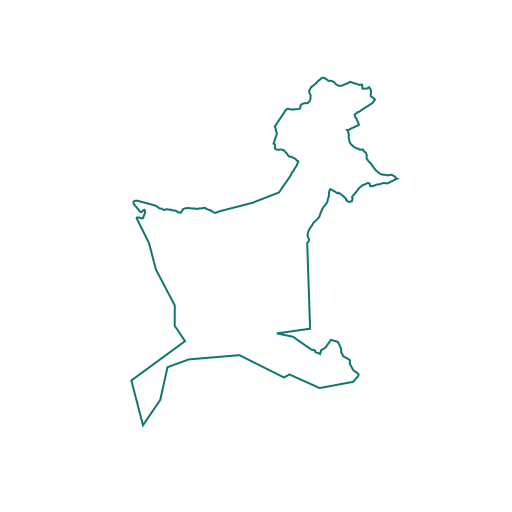 Santa María Alotepec, Oaxaca, Mexico, rotated 197°
{"feature_id": "50627088B19376593923850", "entity_name": "Santa María Alotepec", "entity_type": "district", "adm_level": 2, "iso_a3": "MEX", "parent_name": "Mexico", "parent_adm1": "Oaxaca", "projection": "orthographic", "projection_center": [-95.857, 17.081], "detail": "fine", "context": "isolated", "style": "outline", "palette": "teal", "viewbox_px": 512, "rotation_deg": 197, "n_neighbors": 0, "source": "geoboundaries", "source_scale": "gbopen_adm2", "svg_char_len": 6164}
<svg xmlns="http://www.w3.org/2000/svg" viewBox="0 0 512 512"><g transform="rotate(197 256 256)"><path d="M189.4,436.3L188.0,440.3L190.0,441.6L191.4,441.8L192.9,442.3L193.2,442.8L193.4,443.4L193.5,444.6L193.8,446.0L194.0,447.0L194.6,447.8L195.2,448.8L195.8,449.3L197.2,450.5L197.5,450.1L198.2,449.2L198.9,448.6L200.5,448.0L201.7,447.6L203.1,447.1L203.5,448.1L203.8,449.1L204.4,449.7L204.6,450.9L206.2,450.4L207.1,449.8L210.8,450.0L214.0,449.9L215.6,450.1L217.3,449.8L218.5,448.2L220.6,446.7L223.7,443.9L226.4,443.0L229.6,443.5L232.3,445.3L235.3,445.5L237.9,444.7L242.4,446.3L245.0,445.8L246.9,442.7L248.0,441.1L248.9,438.9L250.6,436.5L251.6,434.7L252.3,434.3L252.7,433.4L253.2,430.7L253.4,428.8L250.6,425.4L250.3,423.6L249.8,422.1L250.0,419.9L250.5,418.6L250.8,418.0L251.2,417.5L251.6,417.2L252.3,416.9L253.3,416.7L255.1,415.8L255.8,415.2L256.7,414.5L257.2,413.6L257.5,412.7L257.4,411.9L257.1,411.6L256.9,410.9L256.9,410.4L257.1,410.0L257.7,409.4L259.3,408.5L261.2,408.0L262.1,407.4L262.9,407.1L265.3,406.3L268.4,406.2L270.0,404.9L275.9,385.2L275.2,384.6L274.7,384.1L274.3,383.4L274.2,382.6L273.5,381.6L273.1,381.1L272.3,380.1L271.8,379.2L272.1,368.6L270.6,368.3L270.1,367.6L269.9,366.6L269.6,365.3L269.1,364.3L268.2,363.9L267.1,363.9L265.7,364.1L264.6,364.5L263.7,365.0L262.3,365.3L260.4,365.3L258.3,364.0L257.4,363.6L256.2,362.8L254.8,361.6L253.1,360.7L251.9,361.1L250.6,361.2L249.4,360.8L247.8,360.7L246.6,360.3L245.5,359.7L244.5,359.1L243.6,359.1L243.2,358.6L243.3,357.1L243.4,356.6L243.5,355.2L243.7,353.8L244.0,352.9L244.4,351.6L244.7,350.2L245.0,348.8L245.3,347.8L245.8,346.9L246.1,345.5L246.3,343.2L246.8,342.0L246.9,341.5L252.7,323.4L275.4,305.5L303.5,288.4L306.5,286.0L307.5,285.3L308.5,285.2L310.4,285.8L311.9,285.9L312.4,286.4L313.8,286.4L315.3,286.4L317.0,286.5L318.1,287.0L319.1,287.0L320.0,286.8L320.9,286.2L322.0,285.6L323.6,285.1L324.7,284.6L325.8,283.8L327.8,283.5L328.9,283.5L330.0,283.0L330.8,282.8L331.5,282.6L333.1,282.5L334.3,282.0L335.3,282.0L336.3,281.4L337.5,281.0L339.4,279.5L340.2,276.2L340.7,275.3L342.5,275.2L343.3,275.0L344.1,275.3L344.9,275.7L345.4,275.7L347.1,275.7L347.7,275.6L349.3,275.1L350.9,275.5L351.2,275.2L352.7,274.9L353.8,274.7L355.1,274.7L356.8,273.4L357.9,273.1L359.7,273.7L361.2,273.4L362.6,273.4L363.7,273.9L364.7,274.2L365.7,274.5L368.2,274.8L384.7,274.2L385.6,274.1L386.2,274.0L387.0,273.8L387.9,273.3L388.5,272.8L388.8,272.3L388.9,271.7L388.8,271.2L388.4,270.4L388.1,270.1L387.3,269.5L386.8,269.2L386.0,268.5L385.4,268.1L384.8,267.9L384.2,267.5L383.4,266.9L382.5,266.3L381.7,266.0L381.2,265.4L380.7,264.9L380.2,264.7L379.4,264.5L378.7,264.5L378.1,264.7L377.7,265.2L377.3,266.6L376.9,267.2L376.2,267.5L375.7,267.3L375.5,266.7L375.1,266.1L374.9,265.2L374.8,263.5L375.2,260.7L375.0,259.5L375.5,258.8L377.0,258.4L378.3,258.7L379.2,258.6L380.1,258.3L380.9,258.2L381.2,257.2L362.1,237.1L347.9,214.0L319.2,184.9L313.4,165.6L299.0,153.8L338.8,100.5L314.6,61.1L305.5,90.4L308.1,123.8L290.0,137.5L242.9,156.3L193.7,148.0L189.4,152.5L156.6,148.3L126.3,164.1L125.2,166.6L124.8,167.5L124.5,168.5L123.7,169.8L123.1,171.4L123.2,172.5L123.7,173.1L124.9,173.7L126.3,174.2L127.3,174.3L128.1,174.7L129.0,174.9L130.2,175.8L130.9,176.5L131.2,176.8L132.3,177.8L133.1,178.8L133.8,179.4L134.3,179.7L134.8,180.3L135.0,180.8L135.0,182.0L135.3,182.7L135.6,183.3L135.8,183.8L136.7,184.3L137.4,184.2L138.8,184.7L141.1,185.1L143.4,185.7L143.9,186.2L144.4,187.1L145.0,187.6L145.5,187.9L146.0,188.5L146.5,189.3L146.9,190.3L147.1,191.2L147.5,192.3L148.1,192.8L148.9,193.7L149.5,194.2L149.9,195.1L150.5,195.8L151.7,196.7L152.5,197.8L159.8,197.7L162.8,188.8L163.4,187.8L164.3,186.8L165.2,186.1L166.1,185.1L166.1,183.8L166.1,181.0L166.7,181.3L170.2,181.3L171.0,181.5L171.6,182.0L171.9,182.7L173.3,183.0L174.3,182.9L174.9,182.7L176.1,182.8L197.0,189.6L213.5,188.1L183.0,202.3L210.8,283.3L210.0,285.6L210.0,287.0L210.7,288.2L211.5,288.7L212.2,290.0L212.8,291.0L213.1,292.7L213.1,293.9L213.0,295.6L212.8,297.1L212.3,298.9L211.5,301.2L211.0,303.7L210.6,304.8L210.1,305.8L209.0,307.7L208.2,308.8L207.8,310.0L206.9,311.8L206.9,313.7L206.7,317.9L206.3,319.1L206.3,320.4L206.0,321.7L205.7,322.8L204.9,324.5L204.4,326.2L203.7,327.8L203.6,328.9L203.8,330.6L203.9,332.6L203.8,334.5L204.7,337.7L204.9,339.8L204.4,341.8L203.5,341.6L202.1,341.2L200.6,341.0L199.8,340.8L198.1,340.3L197.4,340.0L196.5,339.7L195.9,339.9L195.6,340.6L194.8,340.5L193.6,340.1L191.8,339.4L189.4,338.6L188.5,337.8L187.4,337.6L186.7,336.7L186.1,336.5L185.9,335.8L184.8,335.2L184.1,334.9L183.2,335.0L182.3,335.1L181.8,335.6L180.4,336.3L180.4,338.3L180.5,339.4L181.4,340.5L180.6,342.9L180.0,343.8L179.1,346.0L178.5,347.9L177.2,351.2L176.1,352.8L174.9,354.8L173.5,355.8L171.6,357.4L170.5,358.5L168.6,358.6L168.3,357.9L167.2,356.1L166.4,356.3L165.9,356.5L165.1,357.0L164.1,357.3L163.2,358.2L162.1,359.1L160.8,360.0L159.9,360.1L157.7,361.5L156.6,362.4L155.9,362.8L154.6,363.3L153.3,363.5L151.7,363.8L150.8,364.4L150.1,365.0L149.6,365.8L148.6,366.7L147.5,367.5L146.4,368.8L145.5,369.7L144.8,370.2L143.8,371.1L144.9,371.1L144.9,371.5L145.6,372.1L146.4,372.5L147.6,372.9L148.6,373.0L150.0,373.4L150.7,373.2L151.8,372.4L153.2,372.0L153.9,371.5L155.0,371.4L156.3,371.5L158.4,370.8L159.5,370.8L160.7,370.7L162.5,371.3L166.3,372.9L169.4,375.0L170.0,375.4L170.7,376.1L171.5,376.6L172.7,377.6L175.1,379.0L176.1,379.5L177.3,380.5L178.3,381.1L178.8,381.8L179.2,383.0L179.4,384.3L180.0,385.5L180.9,386.6L181.7,387.1L183.2,387.5L184.9,389.1L185.4,388.8L186.0,388.5L187.0,388.5L187.9,388.0L188.8,388.2L189.6,388.6L191.0,388.3L193.2,388.7L193.9,388.9L197.7,390.5L198.9,391.6L199.8,392.4L200.8,394.2L201.2,394.8L202.4,397.6L202.5,398.7L203.1,399.7L203.5,400.5L204.6,402.3L205.6,403.1L205.1,403.2L204.8,403.3L204.3,403.6L203.7,404.3L203.5,404.6L202.7,405.2L202.3,405.8L201.8,406.2L199.8,407.9L199.4,408.3L198.7,408.8L198.2,409.5L197.4,410.2L196.6,410.6L196.3,410.8L196.0,411.2L196.0,411.6L196.2,412.1L196.4,412.4L197.0,412.9L197.6,413.7L198.6,414.8L199.2,415.5L199.9,416.5L200.9,417.2L201.6,417.8L202.7,419.2L203.0,419.7L202.9,420.1L202.5,420.9L202.2,421.4L201.4,422.0L201.1,422.5L201.1,423.1L200.1,423.6L198.5,425.4L196.3,428.2L193.2,431.8L189.4,436.3Z" fill="none" stroke="#0f766e" stroke-width="2"/></g></svg>